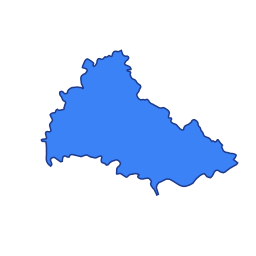 Vitebsk, Vitebsk, Belarus, rotated 66°
{"feature_id": "67162791B85815486219336", "entity_name": "Vitebsk", "entity_type": "district", "adm_level": 2, "iso_a3": "BLR", "parent_name": "Belarus", "parent_adm1": "Vitebsk", "projection": "albers", "projection_center": [30.292, 55.263], "detail": "fine", "context": "isolated", "style": "filled", "palette": "blue", "viewbox_px": 256, "rotation_deg": 66, "n_neighbors": 0, "source": "geoboundaries", "source_scale": "gbopen_adm2", "svg_char_len": 5833}
<svg xmlns="http://www.w3.org/2000/svg" viewBox="0 0 256 256"><g transform="rotate(66 128 128)"><path d="M54.3,145.1L55.8,143.2L56.5,142.6L57.3,141.9L58.4,141.8L59.0,142.0L59.9,143.1L60.5,144.1L60.8,144.8L60.9,146.9L61.4,148.9L61.8,149.6L62.6,150.4L63.7,151.0L64.6,151.3L67.7,152.3L68.6,152.5L73.1,152.5L73.6,152.9L73.4,153.5L72.5,154.0L71.8,154.7L70.9,156.3L70.2,157.2L69.8,158.2L68.7,161.5L68.3,162.7L68.3,163.4L68.4,164.8L68.9,166.7L69.3,167.4L70.0,168.2L70.7,168.7L71.3,169.2L71.5,169.9L71.0,171.6L70.6,172.1L68.3,172.9L67.6,173.6L67.3,174.8L67.3,175.4L67.8,175.9L68.7,176.4L69.8,176.6L70.7,176.6L72.6,176.1L75.8,176.2L76.8,175.9L77.8,175.0L78.5,174.6L79.2,174.6L80.0,175.0L81.5,176.6L83.0,177.6L83.5,178.3L83.9,178.3L84.7,178.7L84.8,179.4L84.4,181.2L84.4,181.7L84.0,183.1L83.7,183.9L83.4,184.4L82.7,184.8L82.2,184.9L82.3,185.9L82.7,186.7L84.2,188.2L84.2,189.0L83.9,189.7L83.6,190.8L83.6,191.7L83.8,193.0L84.3,193.8L86.5,193.8L87.9,193.7L89.4,193.7L90.3,193.9L91.2,195.1L91.8,196.4L92.3,197.4L93.6,198.5L97.8,199.2L99.1,199.5L99.5,200.2L99.6,201.1L99.1,202.1L98.3,203.3L98.4,204.8L99.5,205.6L103.9,206.4L104.4,206.9L104.4,208.0L103.5,210.7L103.5,211.8L104.0,212.1L104.9,212.0L105.5,211.5L105.7,210.9L106.3,209.9L107.1,208.9L107.6,208.7L110.5,209.6L113.5,210.8L116.6,212.2L118.4,212.9L120.6,214.1L123.9,215.6L125.4,215.8L127.8,215.7L128.6,215.4L129.3,215.2L130.7,214.5L131.4,214.1L131.0,213.6L130.6,212.6L129.5,212.2L126.2,212.0L125.0,211.4L124.5,210.5L124.4,209.0L124.7,207.6L125.5,206.8L130.7,203.8L131.5,203.2L131.7,202.2L131.7,201.5L130.7,201.1L128.3,199.4L127.8,198.6L127.8,197.4L128.1,196.6L128.7,196.0L129.7,195.4L130.3,194.4L130.5,193.3L129.4,192.6L129.2,191.5L129.2,190.7L129.5,189.8L133.7,184.2L135.1,182.5L135.2,181.9L135.2,180.8L135.4,178.5L135.7,177.2L136.3,176.2L139.4,173.8L140.0,172.8L141.7,170.6L142.2,169.5L142.3,167.8L142.2,166.2L142.2,165.2L142.7,164.0L143.2,163.8L143.8,163.8L144.6,164.2L146.3,165.5L147.4,165.9L148.2,166.0L149.3,165.6L150.0,164.6L150.6,163.9L152.0,163.2L153.1,162.8L153.3,162.3L153.4,160.9L152.5,159.3L152.1,157.7L151.9,156.6L151.9,155.1L152.2,153.8L152.1,152.5L152.5,151.5L153.1,150.6L155.1,149.4L156.3,149.3L157.2,149.3L158.2,150.0L159.0,151.3L159.6,153.2L160.1,154.2L160.6,154.7L161.8,155.5L163.0,155.9L164.6,156.9L165.1,157.0L165.6,156.9L165.8,156.0L166.0,154.7L166.4,153.5L167.6,152.6L169.1,151.7L170.4,150.8L171.2,150.4L172.0,149.8L172.3,149.1L172.3,148.3L171.5,146.6L171.4,145.4L171.5,144.2L172.0,142.9L172.2,141.8L172.3,141.0L172.6,140.0L172.9,139.3L173.5,138.5L174.0,138.0L174.4,137.4L174.9,137.1L175.3,137.0L175.6,137.5L175.7,138.2L176.0,138.6L176.6,138.9L177.2,138.9L178.1,138.4L179.0,137.7L179.7,137.0L180.8,134.7L180.9,133.7L181.1,132.8L181.7,130.8L182.1,130.0L182.7,129.2L185.5,128.4L186.2,128.4L187.4,129.3L188.1,130.0L189.2,130.3L190.2,130.3L193.2,129.7L194.7,129.1L199.4,128.9L200.9,129.0L200.9,127.2L195.8,126.6L193.6,126.2L191.6,124.3L190.5,122.3L190.5,119.7L190.3,116.1L190.3,113.5L191.7,110.9L193.8,109.2L196.1,107.6L198.6,106.0L201.5,103.9L203.6,101.6L204.7,99.1L205.1,94.7L204.8,91.2L203.6,89.1L202.8,87.7L202.0,85.8L200.7,81.6L200.5,79.8L200.5,78.3L200.7,76.9L202.2,76.3L204.5,75.7L206.2,74.0L207.0,72.7L206.0,70.4L204.8,68.8L203.2,67.0L202.5,64.9L203.2,63.1L205.8,61.3L207.6,59.2L207.7,57.4L206.3,51.7L205.8,47.1L205.5,43.6L204.5,42.0L203.1,42.7L201.6,43.5L199.8,44.4L198.6,42.0L196.8,40.2L195.4,41.0L194.0,42.6L193.0,44.6L191.1,46.8L189.6,49.0L187.5,50.2L183.8,50.1L182.4,49.4L182.1,48.7L179.6,49.6L178.0,50.0L175.9,50.4L175.3,50.6L175.1,51.0L175.4,51.7L176.0,52.4L176.2,53.0L176.2,53.7L176.0,54.1L175.4,54.8L174.5,55.4L174.3,55.8L174.4,56.7L173.3,57.2L172.0,57.4L170.7,57.8L169.6,58.6L167.8,60.5L166.5,61.5L165.6,61.7L162.6,61.6L161.0,61.9L160.2,62.3L159.1,62.2L158.0,62.0L156.9,62.0L155.4,62.6L154.6,62.6L153.4,62.6L152.3,62.2L151.2,62.1L150.1,62.3L148.9,62.8L147.4,64.0L147.1,64.9L147.1,65.7L147.3,66.6L148.0,67.3L148.4,68.0L148.7,69.0L149.2,71.0L149.3,71.9L149.2,73.4L149.3,74.7L149.7,75.8L151.0,77.2L151.6,77.6L152.0,77.9L152.1,78.4L152.0,79.0L151.6,79.6L150.7,80.2L150.0,80.8L144.9,82.4L143.9,83.1L142.5,84.6L141.2,85.6L140.3,86.0L139.0,86.1L138.5,85.7L137.9,84.8L137.4,84.5L136.8,84.4L136.4,84.6L135.6,86.2L135.3,86.5L134.9,86.7L134.5,86.6L134.1,86.4L132.8,85.3L132.3,85.1L131.2,84.2L130.0,83.9L129.0,84.0L127.2,84.8L125.0,86.2L124.1,87.0L123.7,87.6L123.3,89.2L123.1,90.2L122.5,90.9L121.7,91.8L120.4,92.6L118.6,94.1L116.6,95.5L115.0,97.0L113.8,97.6L112.7,98.0L111.5,98.0L109.9,98.6L109.6,99.0L109.4,99.8L109.4,100.4L109.4,101.0L108.5,102.0L108.0,103.0L107.6,104.6L107.1,105.3L105.5,106.3L104.7,106.6L102.9,106.7L101.8,106.7L100.9,106.4L99.9,104.9L98.8,103.1L97.3,101.6L96.3,100.2L95.6,99.6L94.3,99.4L93.7,99.6L91.7,100.8L90.3,101.4L87.7,101.7L86.9,102.1L86.4,102.5L84.9,103.9L83.9,104.3L82.7,104.5L80.2,104.4L79.7,104.2L79.2,103.7L78.8,103.2L78.0,103.0L77.5,103.2L76.7,103.9L76.1,104.9L75.4,105.4L75.0,105.4L74.6,104.8L75.2,102.7L75.8,101.8L75.4,101.2L74.4,101.2L73.4,101.3L72.0,102.1L70.0,104.0L69.5,104.6L68.7,104.9L67.8,104.9L67.1,104.3L66.2,102.8L65.8,102.0L65.7,101.0L65.4,100.3L64.8,99.4L64.1,98.8L63.4,98.7L63.0,98.8L62.1,99.4L61.5,100.9L60.4,102.2L59.8,102.5L58.7,102.9L56.9,102.8L54.4,102.5L54.4,103.5L54.4,105.4L54.0,106.5L53.0,107.7L52.8,108.3L52.6,109.0L52.6,109.7L52.8,110.3L53.6,111.5L54.0,112.0L55.6,113.2L55.8,113.6L55.8,114.2L55.6,114.6L55.3,115.0L54.6,115.3L54.3,115.5L54.1,116.1L54.3,116.7L54.5,117.4L54.6,118.1L54.5,118.6L54.2,119.3L53.7,119.8L53.7,120.3L54.1,121.3L54.4,121.7L54.7,122.8L54.7,123.6L54.6,124.2L53.7,125.0L53.0,125.9L52.7,126.9L53.1,127.8L53.8,128.7L55.5,129.7L56.4,130.6L57.8,132.9L57.8,133.7L57.5,134.3L56.5,134.4L56.1,134.1L55.0,133.2L54.4,133.1L52.5,134.1L49.5,136.0L48.4,137.0L48.3,138.2L48.9,139.5L49.3,140.2L52.5,143.7L53.2,144.3L53.7,144.8L54.3,145.1Z" fill="#3b82f6" stroke="#1e3a8a" stroke-width="1.5"/></g></svg>